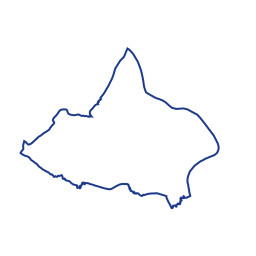 outline of Mayparkngum, Vientiane [prefecture], Laos, rotated 291°
{"feature_id": "54806243B973390148812", "entity_name": "Mayparkngum", "entity_type": "district", "adm_level": 2, "iso_a3": "LAO", "parent_name": "Laos", "parent_adm1": "Vientiane [prefecture]", "projection": "robinson", "projection_center": [102.92, 18.139], "detail": "fine", "context": "isolated", "style": "outline", "palette": "blue", "viewbox_px": 256, "rotation_deg": 291, "n_neighbors": 0, "source": "geoboundaries", "source_scale": "gbopen_adm2", "svg_char_len": 5393}
<svg xmlns="http://www.w3.org/2000/svg" viewBox="0 0 256 256"><g transform="rotate(291 128 128)"><path d="M86.8,210.5L87.9,209.8L89.8,208.4L91.8,207.3L95.8,204.9L96.7,204.5L98.2,203.3L98.7,203.0L100.4,202.3L101.2,202.0L104.0,201.4L107.6,201.3L108.3,201.4L109.6,201.3L111.5,202.0L113.6,202.6L116.6,203.7L117.3,204.0L117.6,204.3L123.1,207.8L124.8,209.5L127.0,211.2L128.3,212.7L130.6,215.0L133.6,218.3L136.7,220.1L140.2,220.2L142.9,219.4L145.7,217.4L151.5,211.0L156.5,203.0L159.0,199.1L163.5,191.5L165.3,187.8L166.0,181.8L166.7,177.1L166.2,172.9L163.1,166.2L162.6,161.9L163.8,158.1L165.3,154.4L166.0,151.4L166.2,147.2L166.0,143.1L167.0,136.0L167.6,132.6L167.8,132.0L169.8,130.2L171.8,128.6L173.9,127.3L177.4,125.4L180.2,123.7L186.4,119.6L191.2,115.4L193.5,113.3L198.6,106.8L200.5,103.5L201.6,100.8L202.0,99.0L192.9,98.7L188.1,96.6L182.7,95.5L178.8,94.8L172.6,95.3L168.7,95.4L160.4,94.6L151.9,93.2L149.0,92.4L148.1,92.0L147.6,92.0L146.9,91.6L146.5,91.5L146.1,91.5L145.9,91.6L145.6,91.9L145.4,92.4L145.2,92.5L144.4,92.0L143.4,91.1L143.0,91.0L142.6,91.1L142.3,91.3L142.2,91.2L141.9,90.7L141.7,90.8L141.3,91.2L141.1,91.2L140.8,90.8L140.5,90.7L140.4,90.7L139.9,91.1L139.5,91.5L139.3,91.1L138.8,90.3L138.4,89.9L137.9,89.5L137.4,89.2L136.5,88.8L134.0,88.1L132.8,87.6L130.8,86.7L129.9,86.6L129.0,86.8L128.5,86.9L127.7,87.3L127.3,87.5L126.5,88.5L125.7,89.9L125.4,88.9L125.0,88.4L125.3,88.1L125.2,88.0L125.0,87.7L124.9,87.4L124.5,87.3L124.3,87.0L124.3,85.3L124.2,84.8L124.1,84.3L123.6,83.5L123.4,83.0L123.4,82.7L123.5,81.7L122.9,80.9L122.7,80.3L122.7,79.8L122.9,76.9L120.9,73.7L120.4,72.6L120.0,70.4L119.8,68.5L119.9,67.5L120.9,66.2L122.6,64.8L123.0,64.1L123.0,63.1L122.5,61.7L121.9,60.3L121.0,59.0L119.8,58.0L114.5,56.7L113.2,56.1L110.4,55.0L109.4,55.0L108.3,55.2L107.7,55.6L106.8,57.1L106.3,57.3L105.0,57.1L103.1,56.2L100.2,55.3L98.4,55.1L97.4,54.5L96.3,53.8L93.4,51.5L89.6,49.2L88.2,48.0L87.2,47.4L84.5,46.2L81.8,44.8L79.9,43.9L78.1,42.7L77.0,41.4L76.8,40.8L76.9,40.4L78.2,37.6L78.6,35.8L76.4,36.1L74.9,36.2L73.5,36.6L71.6,37.5L70.6,37.8L69.6,37.5L68.4,37.0L66.5,36.7L66.1,36.7L65.8,37.6L65.6,38.4L65.2,41.3L65.4,44.8L65.2,45.8L64.7,47.1L64.2,47.9L63.8,48.3L63.5,48.9L63.3,49.3L63.1,50.8L62.8,51.7L62.4,52.7L62.2,53.4L62.2,53.9L61.9,55.0L61.6,55.9L61.1,57.0L60.4,58.1L60.1,58.8L59.5,61.0L59.3,61.9L59.2,62.3L58.9,62.7L58.8,63.3L58.5,65.6L58.3,66.3L58.3,67.2L58.1,68.0L58.1,68.9L58.1,69.4L57.7,70.7L57.0,72.2L57.0,72.5L57.0,72.8L57.4,73.5L57.4,73.8L56.9,74.6L56.6,75.4L56.3,75.9L56.0,76.0L55.9,76.2L55.9,76.4L56.0,76.8L56.1,77.0L56.3,77.1L56.8,77.3L57.0,77.5L56.9,78.6L56.9,79.0L57.0,79.2L57.2,79.5L57.5,79.6L58.4,80.0L58.5,81.0L60.0,82.7L60.2,83.1L60.1,83.3L59.7,83.7L58.3,84.8L57.7,84.9L57.4,85.3L57.3,85.8L57.5,86.3L57.9,86.6L58.1,87.1L57.8,87.7L57.5,87.9L57.1,88.0L56.9,88.4L57.0,88.9L57.0,89.6L57.3,92.0L57.2,92.8L56.4,94.4L56.1,95.4L55.7,96.9L55.7,97.7L56.1,100.6L55.9,101.2L55.7,101.5L55.0,101.4L54.7,101.6L54.0,102.1L54.0,102.5L54.9,103.6L55.1,104.0L54.5,104.5L54.6,104.8L55.1,104.9L56.1,105.2L56.3,105.0L56.4,104.5L56.4,103.9L56.7,103.9L57.0,104.2L57.3,104.6L58.1,105.0L58.4,105.2L58.7,105.4L59.0,105.3L59.3,105.0L59.6,105.0L60.3,105.0L60.5,105.8L60.4,106.2L60.1,106.4L60.0,106.7L59.9,107.3L60.0,107.5L60.1,107.8L60.5,107.8L60.7,107.7L60.7,107.4L60.6,107.1L60.6,106.9L60.8,106.7L61.1,106.5L61.1,107.0L61.6,108.7L62.1,110.4L62.2,111.3L62.1,112.0L62.0,112.6L62.3,114.0L62.4,115.0L62.4,116.9L62.5,118.4L62.7,120.2L63.0,124.8L63.3,128.1L63.9,131.8L64.5,133.3L64.7,133.7L65.7,134.8L69.1,137.5L70.7,139.0L72.0,140.2L72.8,141.2L73.6,142.6L74.1,143.5L74.5,145.1L75.2,146.5L75.4,147.5L75.3,148.2L75.2,148.7L74.9,148.7L74.5,148.9L74.2,149.5L73.6,149.9L73.3,150.1L73.2,150.3L73.0,150.6L73.0,151.1L72.9,151.3L72.7,151.3L72.4,151.0L72.3,150.9L72.1,151.0L72.1,151.7L72.0,151.8L71.7,151.5L71.4,151.6L71.4,152.4L71.3,152.5L70.9,152.5L70.6,152.7L70.5,152.8L70.4,152.9L70.6,153.0L70.6,153.3L70.3,153.9L70.4,154.6L70.3,155.1L70.2,155.3L69.8,155.7L69.7,155.9L69.8,156.1L70.0,156.3L69.5,156.4L69.4,156.4L69.3,156.6L69.3,156.8L69.7,157.3L69.8,157.5L69.6,157.6L69.3,157.5L69.2,157.6L69.2,157.9L69.6,158.4L69.7,158.7L69.7,159.3L69.8,159.4L70.2,159.5L70.3,160.0L70.6,160.6L70.6,160.8L70.5,161.3L70.3,161.7L69.7,162.9L69.6,163.5L69.5,164.4L69.6,165.4L69.9,165.8L70.1,165.9L70.5,165.9L70.8,166.1L71.1,166.2L71.1,166.3L71.1,166.7L71.4,167.2L71.5,167.6L73.2,169.7L74.6,171.9L77.4,178.3L77.6,179.8L78.2,188.2L76.8,188.9L76.3,189.3L75.3,190.4L73.3,192.4L72.4,193.6L71.0,195.2L70.7,195.6L70.2,196.0L69.4,196.7L68.9,197.5L68.9,197.8L69.3,198.2L69.7,198.3L70.4,198.3L70.9,198.0L71.3,197.9L71.5,197.9L71.7,198.0L72.1,198.9L72.4,199.4L72.4,199.7L72.4,200.0L72.3,200.4L72.0,200.6L71.8,200.9L71.8,201.2L72.0,201.4L72.3,201.1L72.8,200.3L73.1,200.4L73.2,200.5L73.3,200.7L73.9,200.9L74.0,201.0L74.2,201.4L74.6,201.8L74.8,201.8L75.0,201.6L75.3,201.7L75.2,202.1L75.0,202.4L75.0,202.7L75.1,202.9L75.4,203.1L75.5,203.6L75.8,203.9L76.1,203.9L76.5,203.6L76.9,203.5L77.1,203.1L77.3,203.1L77.5,203.2L77.7,203.5L77.9,203.6L78.5,203.5L78.9,203.4L78.9,203.1L79.1,203.0L79.4,203.1L79.4,203.9L79.5,204.0L80.6,203.1L80.5,202.7L80.4,202.5L80.7,202.3L81.1,202.2L82.0,202.4L82.2,203.0L82.1,203.7L82.3,204.6L82.5,205.0L82.6,205.3L83.0,205.3L83.3,205.1L83.5,204.6L83.8,204.4L84.1,204.3L84.3,204.3L84.3,204.5L84.2,204.7L84.0,205.0L83.5,205.5L83.3,205.8L83.3,206.2L83.4,206.5L83.7,207.4L86.8,210.5Z" fill="none" stroke="#1e3a8a" stroke-width="2"/></g></svg>